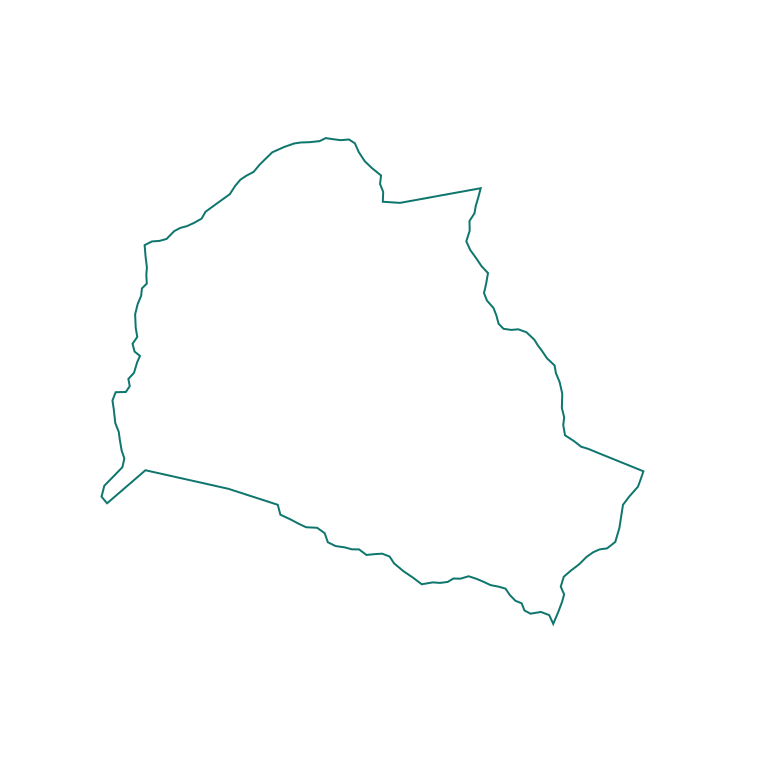 Ararendá, Ceará, Brazil (Robinson projection), rotated 203°
{"feature_id": "56859067B76169954985476", "entity_name": "Ararendá", "entity_type": "district", "adm_level": 2, "iso_a3": "BRA", "parent_name": "Brazil", "parent_adm1": "Ceará", "projection": "robinson", "projection_center": [-40.751, -4.776], "detail": "fine", "context": "isolated", "style": "outline", "palette": "teal", "viewbox_px": 768, "rotation_deg": 203, "n_neighbors": 0, "source": "geoboundaries", "source_scale": "gbopen_adm2", "svg_char_len": 2158}
<svg xmlns="http://www.w3.org/2000/svg" viewBox="0 0 768 768"><g transform="rotate(203 384 384)"><path d="M658.6,418.3L653.2,408.0L647.8,398.7L645.4,391.5L641.6,383.8L644.2,377.4L642.0,370.3L642.0,361.5L640.3,350.9L634.5,338.7L629.5,330.9L631.2,322.8L626.3,316.4L619.6,314.5L619.7,307.5L618.5,296.7L621.3,288.8L617.2,282.7L618.5,275.8L627.8,271.6L627.5,262.7L622.6,254.7L616.2,243.2L609.4,236.2L605.5,229.6L599.4,220.1L593.9,214.0L592.3,205.2L596.7,193.8L601.7,181.1L600.0,169.9L592.3,166.0L569.9,211.4L486.4,226.7L434.6,231.3L428.3,223.2L416.7,222.8L408.0,222.0L399.8,221.7L389.4,225.5L380.3,223.5L373.9,216.4L365.3,215.9L356.2,218.3L348.8,219.3L342.4,222.0L333.3,219.8L326.2,223.7L319.4,227.1L311.5,227.4L304.6,222.8L293.0,219.3L281.8,217.1L271.0,214.4L261.5,220.5L254.7,222.8L248.0,226.7L244.2,232.0L237.5,234.7L231.0,240.1L222.6,240.8L213.8,240.8L207.4,240.5L198.9,242.3L192.2,243.1L185.7,238.9L178.3,235.8L171.6,235.9L166.2,230.4L159.4,229.8L150.5,235.5L141.6,235.8L134.5,229.3L134.5,242.3L135.0,253.5L136.0,260.7L142.1,266.5L143.2,276.8L139.1,285.2L133.8,294.5L130.0,304.0L125.6,311.0L120.9,316.0L114.4,319.9L109.4,329.0L111.1,343.6L114.2,355.8L116.8,366.2L114.2,376.5L110.1,388.7L110.5,396.8L111.1,405.0L159.4,404.2L170.6,404.1L178.1,403.3L186.9,405.7L197.3,407.5L203.0,416.3L205.1,423.7L210.9,431.4L216.1,444.7L223.0,454.3L230.1,461.3L234.2,467.7L243.9,471.3L251.5,476.2L257.5,479.7L262.9,483.5L273.1,487.3L281.8,486.8L288.0,483.5L295.6,481.5L302.1,484.3L307.5,491.2L313.0,496.8L321.8,501.0L327.5,506.8L329.2,516.4L331.6,526.7L340.3,530.6L349.1,536.3L356.9,541.0L364.0,547.5L365.0,558.5L369.0,567.5L367.4,576.6L369.1,583.6L370.2,593.2L371.5,602.0L440.0,557.0L456.3,551.3L459.8,560.5L465.8,566.6L468.2,574.8L479.7,578.1L488.7,581.5L497.8,587.6L504.9,594.2L511.8,595.4L519.2,591.5L525.6,589.7L533.7,587.6L538.2,582.4L547.0,577.5L554.8,573.9L560.8,570.2L568.6,563.1L577.4,553.6L581.1,544.8L584.1,537.5L586.9,528.3L592.2,521.8L596.0,516.0L598.4,508.3L600.1,498.5L609.2,483.5L615.6,472.8L616.5,465.0L621.7,458.2L627.1,452.3L632.5,448.1L636.8,442.8L640.9,432.5L646.6,428.0L653.4,424.5L658.6,418.3Z" fill="none" stroke="#0f766e" stroke-width="2"/></g></svg>